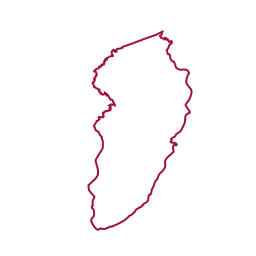 Kpayan, Sinoe, Liberia (Natural Earth projection), rotated 141°
{"feature_id": "62588387B5166019461138", "entity_name": "Kpayan", "entity_type": "district", "adm_level": 2, "iso_a3": "LBR", "parent_name": "Liberia", "parent_adm1": "Sinoe", "projection": "natural_earth1", "projection_center": [-8.829, 5.106], "detail": "fine", "context": "isolated", "style": "outline", "palette": "rose", "viewbox_px": 256, "rotation_deg": 141, "n_neighbors": 0, "source": "geoboundaries", "source_scale": "gbopen_adm2", "svg_char_len": 5783}
<svg xmlns="http://www.w3.org/2000/svg" viewBox="0 0 256 256"><g transform="rotate(141 128 128)"><path d="M194.7,108.4L195.8,106.9L197.5,104.1L197.6,100.7L197.3,97.5L197.4,95.6L201.0,93.8L202.6,92.1L203.5,91.0L203.8,90.1L205.7,89.7L206.2,88.5L206.1,86.2L207.2,84.2L208.6,82.3L210.3,81.0L213.2,80.5L215.1,79.0L216.1,75.3L216.4,70.9L216.0,69.0L215.4,67.8L214.4,67.5L212.9,67.5L210.0,64.3L207.9,63.6L205.9,63.0L204.1,62.8L202.3,61.3L200.5,61.1L198.8,60.4L196.6,59.9L192.9,59.1L188.7,58.5L184.7,58.5L182.4,58.9L181.7,58.9L180.7,58.4L179.1,58.2L177.0,58.6L175.3,58.6L174.4,59.1L172.8,59.5L171.5,59.2L170.1,59.1L169.0,59.1L168.3,58.6L166.8,58.5L165.5,58.8L164.7,58.7L164.6,59.0L163.4,59.1L159.7,58.6L157.7,59.2L156.4,60.7L154.6,62.2L153.3,62.8L152.4,62.1L150.9,62.8L149.1,64.5L146.5,66.0L144.5,66.8L141.7,68.7L139.9,69.5L137.3,69.9L135.3,71.2L132.3,72.6L130.1,72.7L126.5,73.2L123.8,74.3L121.8,76.2L120.9,78.1L119.3,79.4L116.3,80.4L111.4,80.6L108.7,80.7L107.3,81.0L106.2,83.4L103.9,85.9L102.7,85.6L101.2,84.1L100.4,84.7L100.4,85.6L101.3,87.2L103.3,89.2L103.5,90.5L101.9,90.9L101.6,92.3L99.7,92.3L97.4,91.9L96.0,92.1L94.5,92.9L90.5,92.4L89.2,92.6L86.8,93.3L84.3,94.5L80.5,96.4L78.5,98.4L76.4,100.6L74.8,101.5L71.8,101.5L70.4,101.0L69.7,101.8L69.5,104.2L69.4,105.7L69.1,107.4L69.1,108.7L68.9,109.6L66.0,110.7L64.1,111.0L61.9,111.9L59.3,113.3L57.1,114.8L56.1,115.8L54.7,118.1L54.7,124.5L54.3,125.9L53.7,127.3L51.9,128.9L51.2,129.6L47.5,131.9L46.1,132.1L45.5,134.0L45.6,135.5L46.4,137.1L48.6,138.9L50.7,140.3L51.7,141.9L52.5,143.8L52.5,145.2L51.4,147.7L50.9,149.4L50.7,150.7L51.2,151.6L51.6,152.0L51.6,154.0L51.4,155.3L50.6,156.5L49.6,158.3L49.5,159.0L50.2,159.9L50.5,160.3L49.0,164.0L47.2,164.6L45.9,165.0L45.0,165.7L44.0,166.4L42.6,166.4L40.4,166.5L39.8,167.3L39.6,168.0L39.6,168.4L40.0,168.5L40.6,168.1L41.1,168.1L41.7,168.6L41.8,169.3L41.6,170.0L41.4,171.0L41.3,171.5L41.5,172.2L41.9,171.5L42.4,172.3L42.5,172.7L42.6,173.0L42.8,173.2L42.5,173.4L42.6,173.8L42.9,173.7L43.2,173.8L42.9,174.0L42.6,174.2L42.9,174.3L43.2,174.4L43.0,174.9L43.5,174.9L43.9,174.7L44.4,175.5L45.1,176.4L45.4,177.1L45.5,177.8L45.3,178.4L45.4,179.0L45.3,179.4L44.5,179.1L43.8,179.2L43.2,179.4L42.3,180.0L41.8,180.6L41.3,180.9L40.9,181.1L40.7,181.2L40.9,181.3L47.4,182.7L59.1,186.9L60.1,187.4L62.8,187.9L64.4,188.7L72.3,191.2L78.7,193.6L81.3,194.5L81.5,194.4L81.9,193.9L82.0,193.9L83.0,194.5L84.2,194.6L86.3,196.2L87.1,196.3L87.6,196.1L88.4,195.2L88.8,194.6L89.4,194.8L90.1,195.4L90.4,196.1L90.1,196.5L89.5,196.9L89.7,197.5L90.2,197.8L92.3,197.8L92.8,197.3L93.4,196.6L93.8,196.1L94.0,195.7L94.0,194.1L94.1,193.9L94.3,193.6L94.8,193.6L95.1,193.7L95.5,194.1L95.9,194.5L96.5,194.7L97.7,195.1L99.8,195.4L100.2,195.7L100.6,195.8L100.8,195.6L100.9,194.9L101.1,194.6L101.4,194.4L101.8,195.0L102.3,195.5L102.6,195.7L103.0,195.2L103.6,194.4L104.0,195.0L105.2,194.4L105.3,193.8L105.4,193.4L105.6,193.2L106.0,193.1L106.3,193.0L106.7,192.6L107.0,192.6L107.3,192.7L107.6,192.9L108.0,193.0L108.1,193.7L108.1,193.8L108.6,194.0L109.7,193.2L110.2,192.8L110.4,192.7L110.5,192.9L110.4,193.3L112.0,193.9L112.2,193.3L112.3,193.2L112.7,193.1L113.1,192.8L113.3,192.8L113.9,193.2L114.5,193.5L116.0,193.9L116.4,193.9L117.0,193.4L117.3,193.2L117.5,193.2L117.9,193.4L118.5,193.6L118.7,193.4L118.7,193.1L118.1,192.6L117.8,192.1L117.7,191.3L117.9,191.0L118.1,190.3L118.6,189.4L118.8,189.0L119.1,188.7L119.3,188.7L119.7,189.0L120.5,188.5L120.8,188.4L120.9,188.1L121.1,188.0L121.5,188.2L122.4,187.8L123.0,187.9L123.5,187.7L123.3,186.9L123.3,186.3L123.4,186.2L123.8,186.2L124.0,186.0L124.3,185.8L125.5,185.2L125.8,185.1L125.9,185.3L126.1,185.7L126.8,185.3L127.4,184.9L127.6,184.7L127.4,184.0L127.4,183.7L127.6,183.3L128.3,181.8L128.5,181.4L128.5,181.0L128.4,180.8L127.9,180.6L127.8,179.8L127.8,179.4L127.6,179.0L127.6,178.7L127.4,178.3L127.0,177.9L126.7,176.9L126.1,176.1L126.1,175.8L126.1,175.5L126.3,175.4L126.5,175.4L126.7,175.7L126.9,175.7L127.2,175.5L127.2,175.3L127.0,175.1L127.0,174.9L127.4,174.7L127.6,174.5L127.6,174.2L127.6,173.7L127.5,173.3L127.3,173.1L126.9,172.7L127.0,172.6L127.2,172.4L127.2,172.0L127.3,171.9L127.5,171.8L127.6,171.7L126.9,171.2L126.9,170.1L126.7,169.8L126.3,169.6L125.6,169.5L125.1,169.3L124.8,169.1L124.4,168.7L124.2,168.7L123.9,169.1L123.8,169.5L123.7,169.7L123.6,169.4L123.4,168.9L123.2,168.4L123.3,168.0L123.5,167.6L123.7,167.4L124.0,167.2L124.1,166.8L123.8,166.8L123.4,167.0L123.1,166.9L123.1,166.4L123.0,165.5L123.0,165.2L123.3,164.7L123.3,164.0L123.4,163.5L123.6,163.2L123.6,162.8L123.5,162.6L123.6,162.2L123.7,161.6L123.6,160.7L123.4,160.6L122.9,160.5L122.7,160.2L122.6,159.4L122.6,158.7L122.8,158.3L123.0,157.6L123.2,157.4L123.2,156.8L123.4,155.9L123.6,155.4L123.4,154.7L123.9,153.9L124.6,155.5L124.9,155.8L125.4,156.0L125.8,156.0L126.0,156.6L126.1,156.9L126.6,157.1L127.4,157.2L128.7,157.4L128.6,155.9L128.4,155.5L128.2,155.3L128.6,154.8L129.0,154.4L129.3,153.9L129.5,153.9L129.9,154.1L130.1,154.3L130.1,154.5L130.3,154.7L130.5,154.5L130.6,154.0L130.5,153.6L130.1,153.2L130.3,153.0L131.1,153.2L131.8,153.5L132.4,153.7L133.0,154.2L134.0,154.4L134.0,154.6L134.4,155.1L134.7,155.3L135.0,155.3L135.4,155.2L136.4,155.4L136.8,155.4L137.0,155.2L137.1,155.4L137.5,155.4L137.8,155.6L138.0,155.6L138.1,155.3L138.1,155.2L138.7,154.4L139.3,153.4L139.3,152.6L139.6,152.2L140.1,152.3L140.5,152.1L141.1,152.3L141.4,152.6L141.7,153.4L143.1,153.8L143.8,154.9L144.4,154.1L144.9,152.6L146.0,152.7L147.1,152.7L148.0,153.2L148.5,152.8L149.6,152.3L150.9,151.9L151.9,151.6L153.2,151.0L153.4,149.9L153.9,148.2L154.5,146.7L154.0,145.4L153.4,143.5L153.9,141.5L154.3,139.4L153.9,137.8L155.0,136.0L155.8,133.7L157.8,131.1L159.9,128.6L161.5,127.7L166.1,126.2L172.3,123.9L173.5,123.3L174.3,121.9L175.6,119.1L176.5,116.8L177.7,114.3L179.4,112.2L181.2,110.3L185.2,109.1L194.7,108.4Z" fill="none" stroke="#9f1239" stroke-width="2"/></g></svg>